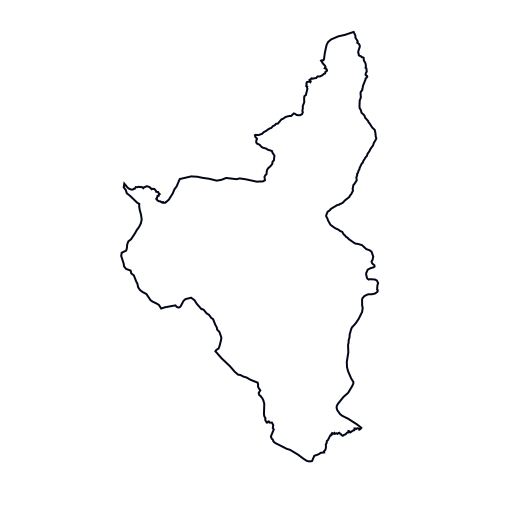 outline of Pakbeng, Oudômxai, Laos, rotated 263°
{"feature_id": "54806243B50081562386900", "entity_name": "Pakbeng", "entity_type": "district", "adm_level": 2, "iso_a3": "LAO", "parent_name": "Laos", "parent_adm1": "Oudômxai", "projection": "equal_earth", "projection_center": [101.13, 19.984], "detail": "fine", "context": "isolated", "style": "outline", "palette": "ink", "viewbox_px": 512, "rotation_deg": 263, "n_neighbors": 0, "source": "geoboundaries", "source_scale": "gbopen_adm2", "svg_char_len": 6083}
<svg xmlns="http://www.w3.org/2000/svg" viewBox="0 0 512 512"><g transform="rotate(263 256 256)"><path d="M466.5,380.2L464.6,370.9L464.0,364.5L461.8,357.0L459.6,353.6L456.9,351.8L449.6,349.2L442.9,347.4L442.0,346.6L442.2,345.1L442.0,344.4L439.0,345.8L436.5,347.6L434.9,348.1L434.0,347.1L432.8,348.8L431.9,349.1L431.2,349.0L430.2,347.3L428.8,346.8L428.3,345.2L427.5,344.2L426.9,342.9L426.4,341.2L426.7,338.9L425.3,337.4L425.3,335.5L425.0,334.1L425.6,333.1L425.4,332.4L424.9,332.1L424.3,330.6L423.4,330.9L422.7,331.6L421.9,331.1L422.7,330.3L422.4,327.7L420.8,327.0L419.7,327.2L418.7,326.5L417.8,327.4L417.5,327.1L415.7,327.4L409.7,325.1L408.8,323.6L407.4,323.1L402.7,322.6L399.1,320.7L396.9,320.5L394.5,319.7L393.0,320.0L391.2,319.0L390.4,317.0L390.5,315.4L391.0,313.6L392.5,311.8L392.9,310.9L390.7,307.9L390.9,305.8L390.4,302.3L388.9,299.5L388.5,297.9L384.8,293.9L384.7,291.8L383.5,290.6L382.8,288.5L381.3,286.9L380.8,284.8L380.0,283.1L379.0,281.4L377.9,278.6L376.6,277.1L375.7,273.3L376.3,270.3L376.0,269.6L374.5,269.8L372.4,271.2L371.9,271.2L370.7,270.4L368.8,270.1L367.6,270.5L366.0,273.1L363.6,274.8L362.6,276.1L361.4,279.2L360.1,280.6L358.3,284.6L356.7,284.9L353.3,286.5L348.7,285.4L347.7,284.0L345.3,283.3L343.2,281.1L341.6,278.7L339.6,277.2L336.0,276.4L334.8,274.9L333.6,274.1L330.1,274.1L329.2,272.1L329.7,265.8L333.4,255.1L335.0,249.3L334.6,246.0L337.1,235.9L335.8,230.9L335.6,226.1L338.3,219.1L340.2,212.1L341.8,207.5L342.9,201.4L342.1,193.8L341.7,189.7L334.6,185.6L332.3,183.3L328.3,181.0L322.6,176.4L320.3,173.1L320.5,173.0L320.0,172.2L320.0,171.5L320.1,170.3L320.9,170.2L321.0,169.4L320.8,168.7L322.0,167.6L322.1,166.4L323.2,165.0L323.8,164.6L324.5,164.6L324.9,164.0L326.1,165.0L327.7,165.6L327.6,166.7L328.6,167.0L329.2,167.9L329.9,167.2L331.4,166.7L331.9,164.8L332.8,164.7L334.9,163.3L335.2,162.4L335.0,160.6L335.6,160.6L336.0,159.7L337.0,159.1L337.7,158.2L338.6,155.9L337.8,153.8L337.8,152.9L337.1,152.4L338.3,151.1L338.6,150.2L338.5,149.4L339.0,148.0L338.8,146.2L339.0,145.0L337.5,143.8L337.6,142.8L337.0,142.0L337.0,140.7L338.1,138.4L339.5,136.9L343.9,134.1L340.2,133.1L337.3,134.8L334.0,135.4L331.0,138.4L323.2,144.7L322.0,146.5L319.7,146.1L315.9,146.2L311.2,146.9L306.2,147.0L302.6,145.8L299.1,143.5L296.1,140.7L293.6,138.9L287.9,134.1L286.0,131.0L283.0,129.5L279.5,128.8L277.2,127.8L275.6,123.1L272.5,122.2L264.8,123.7L261.7,123.8L259.0,125.5L256.8,129.8L253.9,130.1L251.6,132.4L245.3,134.0L243.0,134.9L239.4,135.2L236.5,136.6L234.1,139.0L231.6,142.6L224.9,146.0L223.2,148.0L220.7,151.9L219.2,153.7L215.4,155.5L216.2,159.4L216.8,170.0L215.2,171.1L214.3,172.7L214.4,173.9L215.3,175.1L220.3,178.6L221.8,180.7L222.5,186.5L219.7,189.5L215.6,191.5L209.9,195.4L209.8,196.3L208.9,197.6L205.2,199.9L203.3,202.2L199.9,204.1L198.6,205.7L193.1,207.1L189.7,208.4L187.6,208.5L185.2,210.4L179.2,211.7L176.6,211.0L170.3,208.5L168.6,207.4L167.7,205.3L166.4,204.1L158.6,209.4L149.8,216.7L143.5,220.9L140.4,223.8L139.7,226.2L137.9,228.7L136.5,231.9L133.9,235.3L130.1,242.2L128.1,242.4L126.4,242.1L124.5,242.6L122.2,243.9L119.9,242.1L119.3,242.0L117.4,242.4L116.6,243.4L114.0,244.9L111.8,245.7L108.3,246.2L97.9,244.6L96.1,244.7L93.7,245.6L92.7,245.2L91.7,245.3L89.3,246.4L89.3,247.1L90.2,247.9L90.3,248.5L89.0,249.2L88.7,251.5L86.0,252.5L83.2,251.7L81.7,252.5L75.1,248.8L72.8,249.3L71.7,250.3L69.6,250.8L67.9,252.5L60.8,263.1L59.5,266.1L53.9,273.3L49.1,278.3L46.5,281.4L45.8,283.0L45.5,285.2L45.7,286.7L50.6,289.5L51.2,292.5L51.8,294.5L52.8,296.3L52.7,299.7L53.8,299.6L55.0,301.1L57.0,302.0L60.6,302.4L61.8,303.4L63.6,303.7L64.6,305.0L68.9,307.9L68.8,308.7L69.5,309.5L70.1,309.2L71.0,310.0L70.0,311.6L70.8,312.3L69.9,313.0L70.2,314.4L69.5,315.2L70.3,316.4L70.4,317.2L69.5,317.6L68.9,318.5L67.7,319.2L67.0,320.3L67.6,321.3L68.1,323.1L69.5,324.8L69.6,326.0L71.0,326.4L70.7,327.3L69.6,327.6L69.4,328.1L70.9,330.9L71.1,332.3L72.8,332.7L72.7,333.6L72.1,334.3L72.6,335.4L72.6,336.1L71.9,337.0L71.8,337.8L71.2,337.7L71.5,338.5L72.6,339.6L76.3,336.0L83.1,327.8L86.9,322.1L88.8,320.2L93.0,317.9L95.5,317.5L97.3,317.9L99.3,319.3L105.5,325.7L108.9,330.7L115.0,335.5L117.4,337.0L119.1,337.3L122.7,335.6L130.5,333.3L134.6,332.8L139.8,333.2L149.1,335.9L156.3,336.5L158.9,337.4L160.7,337.6L164.2,339.0L166.7,339.4L171.9,341.6L173.4,342.5L176.9,346.6L180.9,350.1L187.5,354.5L191.6,355.6L193.8,355.3L200.0,356.0L201.3,356.7L203.0,358.7L204.1,361.7L204.3,363.3L203.9,366.4L204.3,369.8L205.7,372.1L206.6,372.6L207.2,372.7L207.9,372.1L212.0,372.9L214.2,373.9L216.9,373.0L218.2,371.1L219.1,366.2L218.9,365.0L219.4,364.4L220.3,363.6L223.5,363.1L225.4,363.2L228.8,365.2L229.9,368.1L230.5,371.5L231.0,372.3L231.4,372.5L232.5,372.3L234.4,370.5L236.2,370.0L236.8,370.2L237.7,371.1L241.1,372.3L246.2,371.2L247.9,369.4L249.4,366.3L253.8,362.6L255.4,359.1L256.2,356.2L257.0,355.1L261.5,350.1L263.0,349.1L264.0,347.7L265.6,346.8L266.7,345.7L269.5,344.5L270.5,342.6L271.9,341.3L274.0,337.9L277.4,334.2L278.4,333.5L282.9,331.7L284.1,331.6L286.5,330.6L287.8,330.6L291.2,332.5L292.4,334.8L293.0,335.6L293.5,335.8L296.6,342.7L296.9,345.1L297.4,345.6L297.5,346.6L298.2,348.5L300.3,351.0L303.2,355.8L304.6,356.7L305.7,358.0L309.0,360.2L310.8,360.1L314.7,361.4L315.6,362.5L318.8,365.2L321.8,365.2L324.1,366.4L325.1,366.3L326.3,367.4L328.3,368.2L329.4,369.2L330.6,369.5L334.8,372.2L335.7,373.4L337.1,374.0L340.8,377.0L341.7,378.2L343.9,379.2L346.5,381.6L348.1,382.5L351.6,385.7L353.8,386.7L357.2,389.3L358.4,389.8L359.6,389.4L363.9,389.5L366.7,389.2L369.5,386.9L373.6,385.0L375.0,384.0L376.2,383.8L380.1,381.1L381.7,380.9L383.0,380.2L385.3,378.2L388.2,377.8L390.1,376.9L392.3,377.0L397.7,377.9L400.6,379.4L404.9,379.6L406.4,380.1L406.7,380.7L407.9,381.8L408.5,381.7L409.8,382.4L411.6,382.8L418.1,386.3L418.8,386.4L419.3,387.3L420.4,388.3L421.4,388.0L421.9,387.1L422.6,386.8L424.5,387.5L425.5,388.4L428.9,388.4L429.4,387.7L431.5,388.3L434.1,388.1L436.9,386.9L439.6,387.0L440.3,386.1L440.4,385.2L441.5,384.5L442.1,383.1L442.8,382.5L443.8,382.6L445.4,382.2L447.2,382.7L451.0,384.5L452.4,384.6L453.9,384.0L455.4,382.5L456.7,383.1L460.5,381.3L462.7,381.5L466.5,380.2Z" fill="none" stroke="#020617" stroke-width="2"/></g></svg>